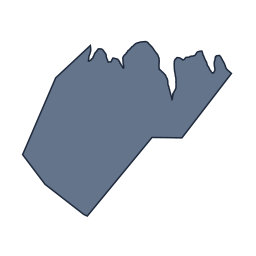 Norton, Mashonaland West, Zimbabwe (Natural Earth projection), rotated 356°
{"feature_id": "62879985B7429577065299", "entity_name": "Norton", "entity_type": "district", "adm_level": 2, "iso_a3": "ZWE", "parent_name": "Zimbabwe", "parent_adm1": "Mashonaland West", "projection": "natural_earth1", "projection_center": [30.703, -17.887], "detail": "fine", "context": "isolated", "style": "filled", "palette": "slate", "viewbox_px": 256, "rotation_deg": 356, "n_neighbors": 0, "source": "geoboundaries", "source_scale": "gbopen_adm2", "svg_char_len": 5406}
<svg xmlns="http://www.w3.org/2000/svg" viewBox="0 0 256 256"><g transform="rotate(356 128 128)"><path d="M235.0,80.8L230.4,76.1L230.4,75.9L230.2,75.6L230.2,75.4L230.0,74.9L229.7,74.4L229.5,73.6L229.3,72.6L229.0,71.9L228.6,70.3L225.2,63.0L224.9,62.8L224.5,62.3L224.3,62.0L223.8,62.0L223.4,62.0L222.9,62.1L222.0,62.1L221.4,62.1L221.1,62.3L220.9,62.6L220.7,62.6L220.5,62.8L220.5,63.1L220.5,63.3L220.2,63.3L220.2,63.6L220.0,63.8L220.0,64.1L219.8,64.4L219.8,64.6L219.6,65.1L219.6,65.9L219.4,66.4L219.1,66.9L218.9,67.4L218.9,67.7L218.7,68.2L218.7,68.4L218.7,68.7L218.5,69.2L218.5,69.4L218.5,69.9L218.5,71.5L218.5,72.0L218.5,72.7L218.7,73.5L218.8,74.0L218.8,74.5L218.8,76.0L218.6,76.8L218.1,77.3L217.9,78.0L217.4,78.5L217.2,78.8L217.0,79.1L216.8,79.1L216.3,79.1L216.1,79.1L216.1,78.8L215.7,78.6L215.2,78.1L214.7,77.3L214.3,76.5L213.8,75.8L213.4,74.8L212.9,73.5L212.5,72.5L211.6,71.3L210.9,67.7L210.4,66.7L210.0,66.0L209.7,65.2L209.5,64.7L209.3,64.0L209.0,63.2L208.8,62.4L208.6,61.9L208.4,61.2L208.1,60.9L207.2,56.6L207.0,56.4L206.5,56.4L206.1,56.4L205.2,56.4L203.8,56.7L202.7,56.9L202.3,57.2L201.8,57.7L201.6,58.0L201.4,58.5L201.2,58.7L200.7,59.0L200.5,59.5L200.1,60.0L199.6,60.3L199.2,60.5L198.9,60.5L198.5,60.5L198.0,60.8L197.8,60.8L197.4,60.8L197.2,60.8L196.7,60.8L195.4,60.8L194.9,61.1L194.5,61.3L194.0,61.6L193.6,61.6L193.1,61.6L192.7,61.6L191.8,61.6L191.1,61.6L190.7,61.6L190.4,61.9L190.2,62.1L189.8,62.4L189.6,62.6L189.6,62.9L189.1,63.4L188.7,63.6L188.2,63.7L187.8,63.9L187.5,63.9L187.3,63.9L187.3,63.7L186.9,63.4L186.4,62.9L185.5,62.4L184.6,61.7L183.3,61.4L182.6,61.4L182.4,61.2L181.9,61.2L181.7,61.2L180.8,62.0L180.6,62.2L180.4,62.5L179.9,62.7L179.7,63.0L179.5,63.5L179.3,63.7L179.0,64.3L178.8,65.0L178.8,65.8L178.6,66.5L178.4,70.8L178.4,72.1L178.4,73.4L178.4,74.4L178.7,75.4L178.7,76.6L178.9,77.9L178.9,79.9L179.2,80.7L179.2,81.2L179.2,81.7L179.2,83.2L179.2,84.0L179.2,84.5L179.0,85.2L179.0,86.0L179.0,86.8L179.0,88.3L178.8,89.0L178.8,89.8L178.8,90.6L178.6,91.1L178.6,91.6L178.3,92.1L178.1,92.6L177.7,93.1L177.5,93.6L177.2,94.1L176.8,94.6L176.4,95.1L176.1,95.9L175.7,96.4L175.2,96.9L175.3,97.2L175.3,97.4L175.3,97.7L175.0,97.7L175.0,98.2L175.0,98.7L174.8,98.9L174.8,99.2L174.6,99.7L174.6,100.7L174.4,101.5L174.2,102.0L174.2,102.5L173.9,102.7L173.9,102.0L173.7,101.2L172.3,94.2L172.3,93.7L172.1,93.2L172.1,92.6L171.9,91.9L171.8,91.4L171.6,90.6L171.6,89.9L171.4,88.9L170.9,87.9L170.9,87.1L170.9,85.3L170.9,84.6L170.9,84.1L170.9,83.3L170.7,82.8L170.7,82.0L170.0,80.5L169.5,79.5L169.3,78.8L169.1,78.0L168.8,77.8L168.6,77.3L167.9,76.5L167.5,76.0L167.0,75.5L166.8,75.0L166.4,74.7L165.9,74.5L165.7,74.0L164.8,73.0L164.5,72.7L163.9,72.0L163.6,72.0L163.6,71.7L163.4,71.5L163.2,71.5L163.2,71.0L163.2,70.7L163.2,70.0L163.2,67.9L163.4,66.9L163.4,66.2L163.6,65.4L163.6,64.7L163.8,63.9L163.8,62.9L163.8,62.4L163.8,61.4L163.8,60.6L163.6,59.8L163.3,59.1L163.1,58.3L162.9,57.6L162.4,56.6L162.2,56.3L162.0,55.8L161.7,55.6L161.3,55.1L161.1,54.6L160.6,53.8L160.1,53.3L159.7,52.5L159.2,51.5L158.8,50.8L158.3,50.0L157.7,49.0L157.0,48.3L156.5,47.5L155.8,46.8L155.4,46.3L154.9,45.8L154.7,45.5L154.5,45.3L154.3,44.8L154.0,44.5L153.8,44.3L153.4,43.8L152.7,43.5L152.2,43.3L151.8,43.0L151.3,43.0L151.1,43.0L150.7,43.0L149.3,43.0L148.4,43.0L148.2,43.0L147.8,43.1L147.3,43.1L147.1,43.1L146.9,43.1L146.2,43.1L146.0,43.3L145.7,43.3L145.3,43.3L144.6,43.6L143.7,43.6L141.5,44.4L141.1,44.6L140.6,45.1L140.2,45.4L139.7,45.7L139.3,46.2L139.0,46.4L138.8,46.7L138.4,46.9L137.7,47.2L137.3,47.5L136.8,48.0L136.2,48.7L135.7,49.0L135.3,49.5L134.8,50.0L134.4,50.3L133.9,50.5L133.5,50.8L133.3,51.0L133.0,51.3L133.0,51.5L132.8,51.8L132.6,52.0L132.1,52.6L131.7,52.8L131.7,53.1L131.5,53.3L131.3,53.6L130.8,54.1L130.1,54.6L129.7,54.9L129.5,55.1L129.0,55.6L128.8,55.9L128.4,56.4L128.1,56.9L127.9,57.2L127.9,57.7L127.7,57.9L127.7,58.7L127.7,59.2L127.7,59.7L127.7,60.2L127.7,61.7L127.7,62.7L127.7,63.5L127.8,64.5L128.0,65.0L128.0,65.5L128.0,66.8L128.0,67.0L128.0,67.3L128.0,67.5L127.8,67.8L127.3,67.8L127.3,67.5L127.1,67.3L126.6,66.3L126.2,65.5L125.5,64.5L125.1,63.5L124.6,63.0L124.6,62.5L124.4,62.2L124.4,61.7L124.1,61.2L123.9,61.0L123.7,60.5L123.5,60.0L123.0,59.5L122.6,58.7L118.3,57.2L118.1,57.2L117.6,57.3L117.6,57.5L117.4,57.8L117.4,58.0L117.2,58.3L116.7,58.8L116.5,59.5L116.1,60.0L115.6,60.6L115.6,60.8L115.4,60.8L115.2,60.8L114.7,60.8L114.3,60.8L113.8,60.8L113.2,60.8L112.9,60.8L112.7,60.8L112.7,60.3L112.5,59.6L112.3,58.8L111.8,57.6L111.6,56.8L111.3,55.8L111.3,55.3L111.3,53.8L111.1,53.3L111.1,52.8L110.9,52.3L110.6,52.0L110.2,51.2L109.7,50.5L108.8,49.0L108.2,48.2L107.7,47.7L107.3,47.5L107.0,47.5L106.6,47.2L106.4,47.2L105.9,47.2L105.5,47.2L105.0,47.0L104.6,47.0L104.3,47.0L104.1,47.0L103.9,47.0L103.4,47.5L103.2,47.8L102.8,48.3L102.3,48.8L102.1,49.0L102.1,49.3L101.7,49.6L101.4,49.8L101.2,50.1L100.8,50.3L100.6,50.8L100.1,51.1L99.9,51.6L99.4,52.4L99.2,53.1L98.8,53.9L98.6,54.1L98.3,54.4L98.1,54.9L98.1,55.2L97.9,55.4L97.7,55.9L97.2,56.2L96.6,56.7L96.1,56.9L95.9,57.5L95.7,57.7L95.2,58.0L94.6,58.0L94.3,58.2L94.1,58.2L93.9,58.2L93.7,58.2L93.7,58.5L93.2,58.5L93.2,58.2L94.1,53.4L94.3,53.2L94.5,52.7L94.7,52.4L95.0,51.9L95.0,51.6L95.4,50.6L95.6,50.1L95.8,49.4L96.1,48.9L96.1,48.3L96.3,47.8L96.3,47.1L96.3,46.6L96.3,45.3L96.3,44.8L96.2,43.1L70.7,63.8L70.2,64.2L59.4,72.9L39.5,111.4L26.9,135.9L21.0,147.2L41.4,178.5L77.7,211.0L81.2,213.0L151.3,139.1L167.1,140.4L181.1,141.6L235.0,80.8Z" fill="#64748b" stroke="#1e293b" stroke-width="1.5"/></g></svg>